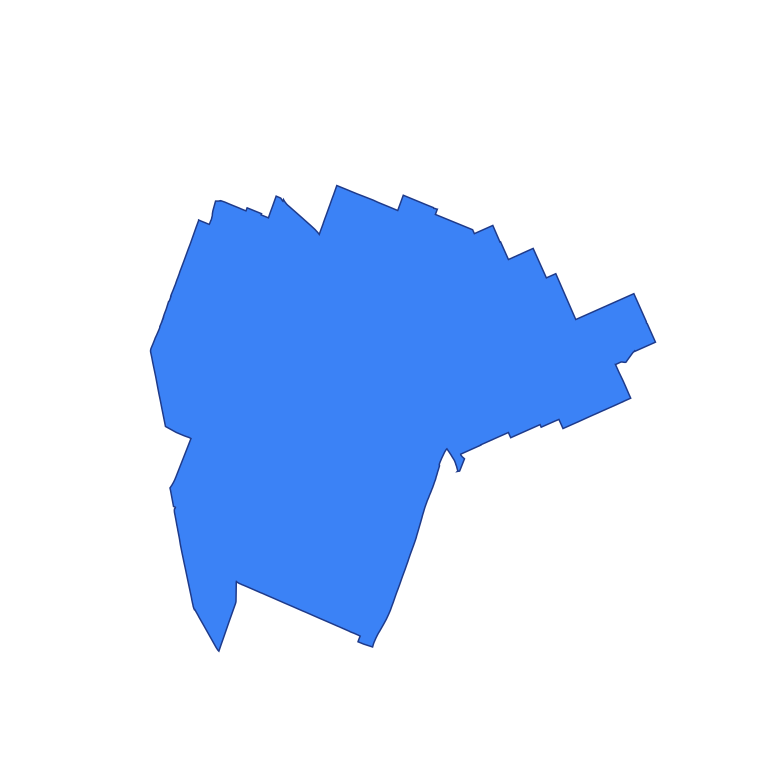 the district of Gosnells, Western Australia, Australia, rotated 336°
{"feature_id": "25037944B22326870513085", "entity_name": "Gosnells", "entity_type": "district", "adm_level": 2, "iso_a3": "AUS", "parent_name": "Australia", "parent_adm1": "Western Australia", "projection": "natural_earth1", "projection_center": [115.98, -32.068], "detail": "fine", "context": "isolated", "style": "filled", "palette": "blue", "viewbox_px": 768, "rotation_deg": 336, "n_neighbors": 0, "source": "geoboundaries", "source_scale": "gbopen_adm2", "svg_char_len": 6099}
<svg xmlns="http://www.w3.org/2000/svg" viewBox="0 0 768 768"><g transform="rotate(336 384 384)"><path d="M649.0,448.7L649.0,443.1L649.0,435.8L648.6,435.0L649.0,433.7L649.0,427.5L649.0,427.4L649.0,403.1L623.2,403.1L609.8,403.1L608.1,403.1L603.3,403.1L596.9,403.1L585.4,403.1L585.8,353.1L575.5,353.1L575.4,320.8L570.5,320.8L548.3,320.9L548.3,304.9L548.3,301.6L547.7,301.6L547.9,283.4L527.7,283.4L527.7,279.1L499.9,250.0L503.8,246.0L503.4,245.8L502.5,244.9L501.7,244.2L501.4,244.0L500.9,243.8L500.9,243.0L495.4,237.3L491.8,233.5L478.4,219.4L467.1,231.1L460.8,224.4L452.4,215.6L449.0,211.7L441.4,204.0L437.5,200.1L436.6,199.2L434.8,197.3L432.2,194.6L431.0,193.3L427.1,189.2L426.6,188.7L421.6,183.5L414.8,190.7L413.4,192.1L410.3,195.3L407.1,198.7L406.3,199.5L399.5,206.6L398.1,208.0L394.0,212.3L393.7,212.7L390.9,215.6L389.9,216.6L387.4,219.2L385.7,221.0L385.6,220.4L385.0,218.3L384.4,216.6L383.9,215.0L383.2,213.3L382.5,211.7L381.6,209.6L378.2,202.1L377.1,199.6L374.4,193.7L369.6,183.2L369.2,182.4L368.8,181.6L368.5,180.8L368.2,180.0L368.0,179.2L367.8,178.3L367.6,177.5L367.4,176.6L367.3,175.6L367.2,174.6L366.6,175.3L366.0,175.9L365.8,175.3L365.3,172.2L364.2,171.0L361.9,168.5L357.9,172.7L353.9,176.9L349.9,181.0L346.0,185.2L340.5,179.5L341.4,178.6L335.9,172.9L334.2,171.1L330.8,167.6L330.6,167.4L328.4,169.7L328.1,169.5L324.0,165.2L323.8,164.9L316.5,157.3L312.5,153.0L309.4,150.1L309.1,150.0L309.1,150.3L308.7,150.1L306.3,149.2L304.5,148.4L298.1,156.2L296.5,158.6L295.6,160.4L294.3,162.0L294.1,162.3L293.8,162.8L293.2,163.4L292.6,164.1L292.4,164.2L292.2,164.3L291.5,165.0L290.2,166.3L289.3,167.1L288.6,166.4L287.5,165.3L286.6,164.3L283.2,160.8L281.4,158.8L281.2,159.2L276.6,163.9L276.4,164.1L264.0,177.2L263.7,177.5L259.9,181.3L257.4,183.9L250.7,190.8L250.4,191.1L250.1,191.4L242.9,198.7L241.7,200.1L240.2,201.6L238.6,203.3L237.4,204.4L233.6,208.5L232.2,209.8L229.2,212.8L226.3,215.5L224.9,217.0L225.1,217.2L223.9,218.5L221.7,220.8L220.8,221.0L217.0,225.3L215.6,226.9L212.3,230.2L211.7,230.8L209.7,233.0L209.4,233.4L209.6,233.5L208.4,234.8L208.3,234.6L206.8,236.2L206.7,236.4L206.6,236.6L206.5,236.8L206.3,236.8L206.1,236.9L206.0,237.1L204.1,238.9L202.5,240.4L202.0,241.4L200.0,243.3L196.3,246.7L195.6,247.3L193.5,249.1L193.0,249.7L188.9,253.7L187.7,254.8L185.9,256.5L185.6,256.8L185.3,257.1L185.0,257.5L184.5,258.2L184.1,259.0L183.8,259.9L182.6,265.6L181.5,270.2L178.3,285.0L178.2,285.4L176.0,294.6L174.5,301.0L174.4,301.4L172.9,308.3L171.1,316.1L167.1,333.9L174.4,343.6L175.3,344.6L176.0,345.3L176.8,346.2L178.1,347.6L178.7,348.2L180.0,349.6L181.3,350.9L183.1,352.6L184.1,353.5L185.1,354.8L185.5,355.3L164.3,376.2L157.4,383.0L156.4,384.0L155.2,385.1L154.1,386.2L152.9,387.2L151.7,388.2L150.6,389.0L149.1,390.1L146.9,391.5L146.2,391.9L145.6,394.8L142.5,407.8L141.9,410.3L143.0,411.4L143.3,411.8L142.7,412.5L142.4,412.8L142.0,412.7L141.3,413.6L140.9,414.5L140.4,415.9L140.1,417.1L139.5,419.9L139.3,420.6L138.9,422.4L138.4,424.4L138.1,425.7L137.8,426.9L137.3,428.8L137.2,429.5L136.8,431.1L136.7,431.7L135.9,434.7L135.9,435.2L135.7,435.7L135.5,436.6L135.0,438.7L134.8,439.6L134.6,440.5L134.1,442.5L133.0,446.6L132.7,447.7L132.3,449.4L130.7,456.5L129.3,463.0L128.3,467.6L127.8,470.1L126.9,474.3L124.3,486.3L121.8,498.0L121.1,501.2L121.0,501.6L120.7,502.7L120.4,504.2L120.2,505.0L119.8,507.0L119.7,507.7L119.3,509.2L119.2,509.8L119.1,510.9L119.0,511.7L119.0,512.5L119.0,513.1L119.4,513.1L120.1,520.4L120.1,520.7L120.1,520.9L120.1,521.1L121.2,532.1L123.3,554.5L123.4,555.8L123.6,557.2L123.7,557.8L123.9,559.2L124.3,560.4L124.5,560.9L129.4,555.6L133.2,551.6L146.0,537.9L159.2,524.0L159.4,523.7L160.0,523.0L160.4,522.3L160.7,521.7L167.0,508.1L168.5,504.8L168.8,504.4L169.0,504.8L169.2,505.3L169.5,505.7L169.7,506.0L170.0,506.4L170.1,506.6L170.3,506.9L170.5,507.1L170.7,507.4L171.4,508.1L171.7,508.4L172.1,508.9L172.4,509.3L173.7,510.6L176.5,513.6L180.6,518.1L187.0,525.1L187.3,525.3L191.0,529.4L194.6,533.3L195.8,534.6L203.6,543.2L209.7,549.8L217.8,558.7L218.7,559.6L230.9,573.0L236.8,579.4L250.5,594.4L251.0,595.0L251.6,595.6L252.1,596.2L252.3,596.6L255.2,599.5L258.2,602.8L259.7,604.6L257.2,607.0L255.4,608.9L259.6,613.3L266.6,619.6L267.7,618.3L268.9,616.9L269.9,615.9L272.1,613.9L273.4,612.7L274.5,611.8L275.8,610.7L276.6,610.1L277.6,609.3L279.4,608.1L285.8,603.4L290.4,599.9L291.9,598.6L293.5,597.2L294.3,596.5L297.8,593.3L299.4,591.6L301.5,589.4L303.4,587.5L308.7,581.8L311.1,579.3L313.2,577.2L316.4,573.9L322.9,567.0L328.3,561.5L329.2,560.5L329.5,560.2L331.0,558.6L333.6,555.9L335.1,554.2L338.9,550.1L345.9,542.9L349.0,539.6L351.0,537.4L351.9,536.2L354.9,532.7L356.6,530.7L358.6,528.3L360.4,526.2L361.9,524.4L363.4,522.6L364.4,521.4L365.4,520.1L367.2,518.0L368.0,517.1L369.0,515.9L370.0,514.7L370.8,513.8L371.8,512.7L373.5,510.9L374.6,509.8L375.4,508.9L376.5,507.8L377.7,506.7L379.1,505.4L379.9,504.5L382.8,501.8L383.7,500.9L384.5,500.1L385.2,499.4L385.3,499.3L386.1,498.6L387.5,497.1L388.4,496.2L389.2,495.3L390.2,494.2L392.2,492.2L394.2,489.7L395.3,488.5L395.8,487.9L396.3,487.3L397.0,486.4L397.8,485.5L398.9,484.3L399.9,483.1L400.7,482.2L401.2,481.6L401.5,481.2L401.5,480.4L402.4,479.2L403.5,478.1L406.5,475.3L411.9,470.7L414.3,469.1L415.1,468.8L415.6,471.5L416.3,475.5L416.7,478.8L416.9,480.2L417.1,481.3L417.2,483.1L417.1,485.4L416.9,486.6L416.8,488.6L416.3,491.6L416.1,493.4L415.4,493.7L417.1,494.1L417.6,494.3L417.8,494.2L427.1,485.1L426.8,484.3L425.8,482.2L425.7,481.6L425.3,480.3L425.5,479.3L425.8,479.3L447.4,479.2L447.7,479.2L447.7,478.9L461.1,478.9L463.5,478.9L477.9,478.9L477.9,484.6L480.1,484.6L495.2,484.6L510.1,484.6L510.0,487.4L524.7,487.4L529.4,487.5L529.4,497.5L534.1,497.5L538.9,497.5L547.9,497.5L558.6,497.4L569.9,497.4L577.9,497.4L589.8,497.4L598.2,497.3L603.6,497.3L603.6,493.0L603.7,484.4L603.7,480.0L603.7,478.0L603.4,468.6L603.4,462.5L603.4,460.3L603.6,460.4L608.4,460.3L609.0,460.3L609.6,460.4L610.2,460.6L610.7,460.9L611.0,461.1L613.0,462.3L613.4,462.4L613.8,462.4L614.1,462.4L614.5,462.3L614.8,462.0L615.0,461.8L622.6,457.4L623.5,456.9L624.4,456.4L624.9,456.3L626.5,455.7L626.5,456.2L649.0,456.2L649.0,448.7Z" fill="#3b82f6" stroke="#1e3a8a" stroke-width="1.5"/></g></svg>